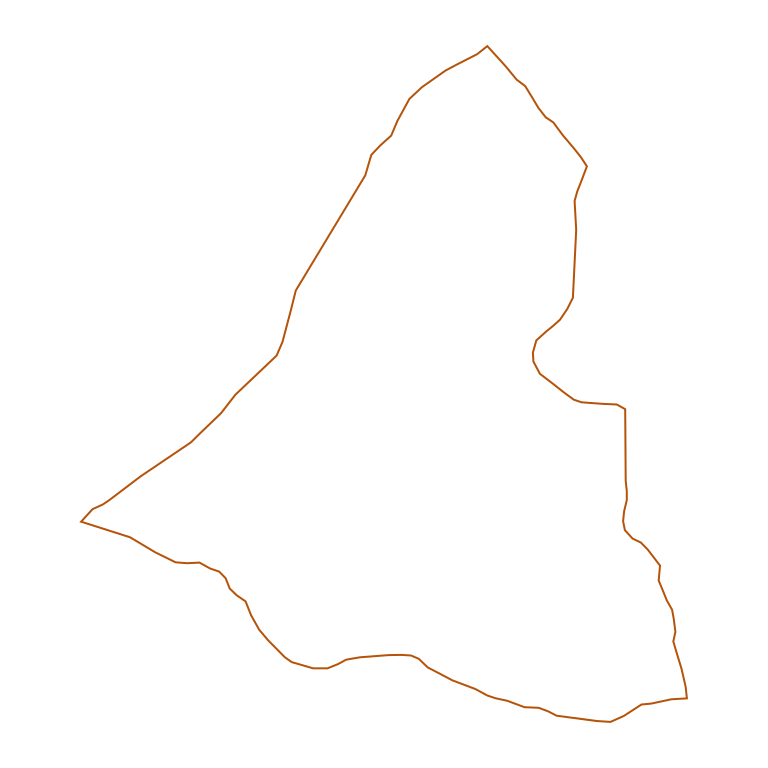 Itapura, São Paulo, Brazil
{"feature_id": "56859067B23822511456488", "entity_name": "Itapura", "entity_type": "district", "adm_level": 2, "iso_a3": "BRA", "parent_name": "Brazil", "parent_adm1": "São Paulo", "projection": "robinson", "projection_center": [-51.427, -20.578], "detail": "fine", "context": "isolated", "style": "outline", "palette": "amber", "viewbox_px": 768, "rotation_deg": 0, "n_neighbors": 0, "source": "geoboundaries", "source_scale": "gbopen_adm2", "svg_char_len": 1578}
<svg xmlns="http://www.w3.org/2000/svg" viewBox="0 0 768 768"><path d="M686.9,698.4L685.6,686.5L681.5,668.7L676.2,651.3L673.3,641.4L675.4,632.0L673.8,619.2L672.1,609.8L666.8,600.4L662.7,590.2L658.7,580.6L660.0,565.6L653.8,557.5L647.6,549.4L640.8,542.5L632.6,538.6L624.9,530.2L623.1,521.2L624.1,511.4L626.8,500.1L626.8,491.1L625.7,480.8L625.2,409.2L616.8,404.5L603.6,403.9L590.8,403.0L581.6,402.3L573.8,399.7L563.6,392.2L551.7,382.8L539.9,373.8L533.4,361.5L532.9,352.7L536.3,340.4L546.1,331.6L553.3,325.7L560.0,319.7L567.3,308.9L572.9,297.7L576.2,229.8L574.6,201.0L577.2,191.6L581.6,180.4L586.9,166.3L580.7,156.9L574.2,148.7L562.7,135.1L553.3,122.4L545.7,117.3L538.4,107.9L532.5,98.0L525.2,86.1L516.7,79.7L505.3,65.9L487.3,46.1L477.1,54.2L469.6,58.0L457.1,64.4L445.6,70.5L421.9,87.2L409.4,98.9L397.4,120.9L391.2,135.6L380.3,145.4L371.3,154.9L365.3,175.3L295.8,290.5L290.6,311.2L282.5,341.9L276.6,355.6L235.4,394.7L221.1,413.1L200.7,432.7L191.0,442.3L140.8,476.2L109.3,500.1L102.8,504.5L92.6,509.1L81.1,521.7L130.1,537.3L155.4,552.4L175.5,562.3L186.9,563.2L199.5,562.6L210.1,568.5L219.2,571.6L225.6,578.2L229.7,588.5L236.7,595.3L245.6,601.4L251.0,615.1L259.1,629.6L268.2,640.4L284.9,657.3L291.7,662.1L313.0,668.3L327.6,668.3L338.0,664.1L346.1,659.7L359.9,657.3L388.6,655.1L401.6,654.9L411.0,655.5L418.8,658.8L427.7,667.4L452.5,680.4L475.5,689.1L487.3,695.5L495.4,698.2L507.3,700.8L524.5,707.2L538.7,707.8L548.5,711.5L556.6,715.7L596.5,721.0L610.5,721.9L623.9,715.9L641.5,704.5L651.2,703.6L671.3,699.3L679.4,698.8L686.9,698.4Z" fill="none" stroke="#b45309" stroke-width="2"/></svg>